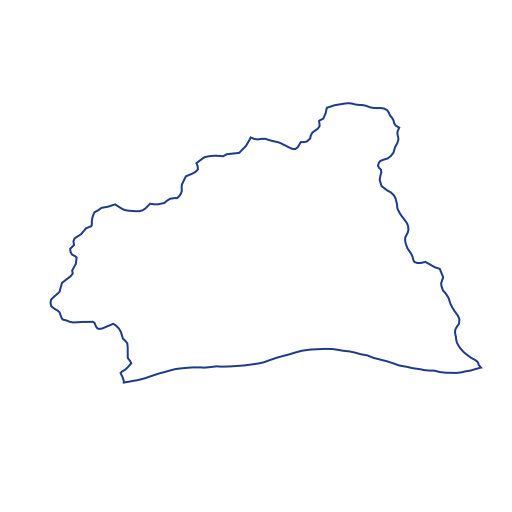 the district of Khop, Xaignabouri, Laos, rotated 83°
{"feature_id": "54806243B3164582254678", "entity_name": "Khop", "entity_type": "district", "adm_level": 2, "iso_a3": "LAO", "parent_name": "Laos", "parent_adm1": "Xaignabouri", "projection": "equal_earth", "projection_center": [100.561, 19.666], "detail": "fine", "context": "isolated", "style": "outline", "palette": "blue", "viewbox_px": 512, "rotation_deg": 83, "n_neighbors": 0, "source": "geoboundaries", "source_scale": "gbopen_adm2", "svg_char_len": 4270}
<svg xmlns="http://www.w3.org/2000/svg" viewBox="0 0 512 512"><g transform="rotate(83 256 256)"><path d="M365.5,402.7L365.4,400.7L365.3,397.5L365.0,393.6L364.8,388.7L363.9,381.7L362.7,375.9L361.7,371.2L360.7,366.1L360.1,361.2L359.4,357.1L358.4,349.7L358.4,343.6L358.6,337.8L358.9,331.7L359.8,324.7L360.5,321.0L360.7,314.9L360.7,308.6L361.4,305.0L362.0,300.0L362.5,294.3L362.8,288.8L363.2,280.9L363.1,273.5L363.0,267.1L362.5,261.4L361.0,255.0L361.0,254.7L360.9,254.5L359.5,247.8L358.4,240.5L357.8,235.6L356.5,228.2L355.6,221.8L355.5,213.2L356.1,205.1L356.7,198.0L357.6,191.8L358.7,187.5L360.8,180.6L362.1,174.8L364.1,169.1L366.4,163.7L368.2,157.6L371.4,151.9L373.8,145.7L376.4,139.0L379.4,132.6L382.1,127.2L384.5,119.4L386.3,114.7L388.4,106.8L389.8,102.7L390.9,97.6L391.5,93.1L393.7,87.3L395.0,81.8L395.9,75.5L396.5,71.1L396.5,66.1L396.0,61.8L395.9,57.2L395.1,52.8L394.7,49.9L394.3,47.6L394.2,46.3L393.1,47.1L392.0,47.7L391.0,48.4L389.7,48.4L388.7,48.7L387.7,49.3L387.0,50.0L385.7,51.4L384.0,53.9L383.5,54.6L382.9,55.3L381.2,57.1L379.3,59.1L376.9,61.4L375.5,62.4L372.6,64.4L370.2,65.7L366.7,67.1L364.2,67.4L362.0,67.5L360.6,67.4L359.6,67.6L357.8,67.7L356.1,67.8L353.7,67.3L351.9,66.2L349.9,64.6L349.3,63.9L348.7,63.4L348.0,62.9L346.8,62.5L345.3,62.2L344.0,61.9L343.0,62.0L342.0,62.3L340.3,62.7L338.8,63.5L336.2,64.9L334.5,65.9L333.1,66.4L331.4,67.3L329.0,68.1L327.4,68.8L325.8,69.1L324.6,69.4L323.3,69.5L322.7,69.7L322.0,69.8L319.9,70.5L319.7,70.6L318.9,71.0L315.7,72.6L314.7,73.4L313.4,74.4L312.0,74.9L310.3,75.1L309.2,75.5L307.1,75.6L305.8,75.6L304.2,74.9L302.2,74.0L300.8,73.1L299.8,72.8L291.1,75.2L289.0,79.8L282.5,88.6L283.0,93.1L282.6,96.8L281.4,99.2L280.2,100.1L275.6,100.8L272.7,101.7L267.2,104.6L264.9,105.2L261.9,105.9L259.0,106.1L256.1,105.7L254.7,104.9L251.2,102.5L248.4,101.5L245.0,101.4L242.0,102.1L239.1,103.6L234.2,106.5L231.0,108.1L227.0,109.6L225.3,109.9L222.0,109.7L216.2,110.4L212.8,111.6L209.4,114.3L207.1,117.5L205.4,119.4L205.2,119.5L202.0,122.8L198.5,123.5L195.3,123.9L191.6,122.8L188.1,121.4L185.7,121.4L183.2,123.3L181.1,123.9L178.2,122.5L176.9,121.2L176.1,118.4L175.2,113.3L173.2,110.0L170.1,106.9L165.1,104.8L161.5,102.2L157.9,100.5L155.6,100.4L152.0,100.8L149.5,100.3L146.1,98.2L143.7,101.3L141.2,102.7L138.2,103.0L135.3,104.2L132.7,105.9L129.9,106.7L127.2,108.1L125.3,110.8L124.3,114.3L123.9,117.9L123.4,121.3L122.2,125.0L120.5,128.1L119.2,131.7L118.6,135.3L117.8,138.7L116.4,142.2L115.6,145.5L115.5,149.3L115.8,156.5L116.0,160.2L116.8,163.9L117.5,167.6L123.0,169.6L127.9,172.5L129.1,176.1L129.7,177.0L131.6,176.9L134.7,177.0L137.1,179.0L140.3,185.0L143.0,186.9L145.9,187.9L147.8,190.5L148.5,191.4L148.8,194.3L148.4,197.6L153.2,201.4L154.6,203.8L154.5,204.9L154.0,207.1L151.7,210.8L149.7,213.8L147.7,216.7L146.0,219.6L144.8,223.0L143.6,226.3L142.1,229.8L140.8,232.6L140.4,236.5L140.5,240.1L139.5,243.6L137.7,246.8L140.2,248.5L145.4,252.4L147.2,254.6L147.3,254.7L147.4,254.9L149.8,257.9L151.6,260.2L151.5,267.1L151.4,272.5L153.0,276.5L152.2,280.3L151.5,284.1L151.3,287.8L151.3,291.1L151.6,294.9L153.2,298.0L156.6,303.8L159.8,303.0L163.0,303.1L165.2,305.9L166.4,308.9L168.4,315.9L176.1,320.9L179.3,321.5L182.4,321.7L185.0,323.0L187.2,324.9L188.9,327.2L188.6,330.4L188.7,334.2L190.2,337.5L192.2,340.5L192.8,347.4L192.2,351.1L191.2,354.7L195.2,359.8L196.8,362.9L197.3,366.4L196.8,370.3L196.1,373.9L195.4,377.5L194.2,381.1L192.4,383.8L190.0,386.7L187.6,389.5L188.2,392.9L189.0,396.5L189.2,399.9L189.4,403.6L191.4,407.0L192.8,410.9L195.4,412.5L198.2,413.8L201.0,414.6L204.0,415.0L205.2,415.2L205.3,415.3L206.4,415.9L207.7,421.2L213.0,426.9L216.4,433.9L219.2,435.4L223.0,435.3L226.1,439.5L229.4,439.6L232.2,438.4L234.2,435.5L235.6,434.2L241.9,435.8L248.0,440.2L251.1,440.1L253.4,442.3L257.7,449.6L259.0,451.8L267.8,455.5L272.0,461.7L274.3,464.7L277.5,465.7L281.2,465.2L284.0,462.2L286.0,459.6L287.8,457.9L293.9,456.5L295.6,455.5L296.7,452.4L298.5,449.1L299.7,445.6L300.3,436.5L301.3,427.4L301.3,426.2L302.6,424.5L306.7,423.3L308.5,422.2L309.3,420.7L309.2,417.4L305.9,406.0L307.6,403.8L311.3,400.9L314.8,399.4L318.9,398.7L321.9,398.1L324.3,396.0L326.9,394.4L331.1,394.5L341.6,395.7L345.0,393.7L347.3,392.9L351.0,397.1L352.9,399.7L354.3,403.0L355.7,404.7L359.3,403.4L363.8,402.4L365.5,402.7Z" fill="none" stroke="#1e3a8a" stroke-width="2"/></g></svg>